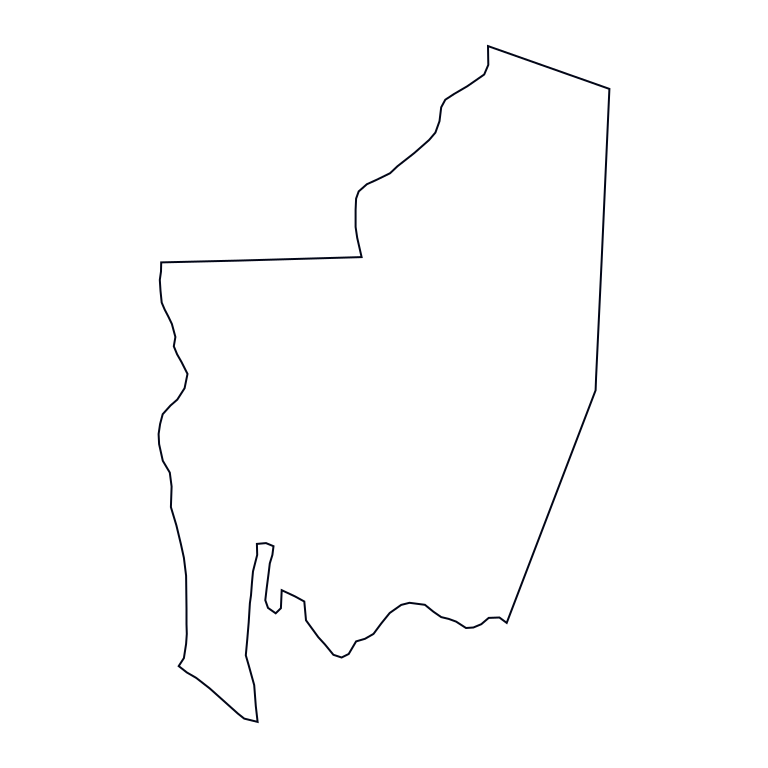 Dom Pedro, Maranhão, Brazil (Robinson projection)
{"feature_id": "56859067B19641317147264", "entity_name": "Dom Pedro", "entity_type": "district", "adm_level": 2, "iso_a3": "BRA", "parent_name": "Brazil", "parent_adm1": "Maranhão", "projection": "robinson", "projection_center": [-44.435, -5.022], "detail": "fine", "context": "isolated", "style": "outline", "palette": "ink", "viewbox_px": 768, "rotation_deg": 0, "n_neighbors": 0, "source": "geoboundaries", "source_scale": "gbopen_adm2", "svg_char_len": 1511}
<svg xmlns="http://www.w3.org/2000/svg" viewBox="0 0 768 768"><path d="M488.0,46.1L488.3,64.9L484.2,74.5L467.2,86.3L454.2,93.9L445.3,99.7L441.2,107.3L439.5,121.2L435.4,132.6L429.1,140.0L414.2,153.1L397.5,166.2L390.1,173.2L376.4,179.9L366.9,184.2L358.7,191.4L356.1,198.6L355.6,209.8L355.6,227.0L357.2,237.8L361.6,257.1L238.0,260.6L161.2,262.4L161.0,271.5L159.8,279.9L160.5,290.8L161.7,302.6L164.7,309.6L168.3,316.5L171.9,324.0L175.4,337.0L173.8,346.3L177.1,354.3L181.6,362.2L187.5,373.9L184.6,388.2L177.3,399.6L170.5,405.5L162.7,414.2L160.1,424.0L158.6,434.0L159.1,444.1L162.8,460.8L169.8,472.6L171.6,486.5L170.9,507.1L176.4,525.4L180.9,544.1L183.9,557.8L186.1,575.8L186.5,608.5L186.5,624.2L186.8,633.9L186.1,643.9L183.9,658.1L178.7,666.1L186.9,672.5L196.2,677.9L209.7,688.4L237.9,713.6L244.2,718.6L257.6,721.9L255.8,706.1L254.2,685.1L248.7,665.3L245.8,655.3L247.3,639.0L248.7,622.4L249.9,603.1L251.0,595.3L252.0,582.2L253.0,571.4L257.2,554.9L256.9,543.9L266.0,543.1L273.5,546.2L272.4,554.9L269.8,563.4L268.6,573.4L266.7,588.1L265.3,600.2L268.0,607.9L275.7,613.3L280.9,608.2L281.7,590.2L295.0,596.4L304.3,601.5L306.0,620.3L318.3,637.2L324.9,644.4L333.4,654.8L341.6,657.5L348.7,654.0L356.1,641.4L365.0,638.8L373.5,633.9L381.3,623.4L389.7,613.0L401.2,604.9L409.5,602.8L424.9,604.8L433.4,611.7L441.2,617.1L448.7,618.9L456.1,621.6L466.0,628.0L473.4,627.5L481.3,624.2L488.7,617.9L499.4,617.5L506.7,622.9L595.6,390.3L596.1,376.9L601.6,261.4L609.4,88.9L488.0,46.1Z" fill="none" stroke="#020617" stroke-width="2"/></svg>